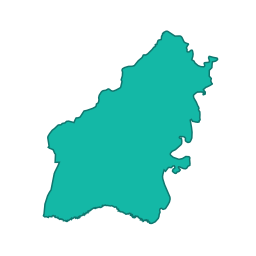 Wang Muang, Saraburi, Thailand, rotated 189°
{"feature_id": "78962969B15444617755923", "entity_name": "Wang Muang", "entity_type": "district", "adm_level": 2, "iso_a3": "THA", "parent_name": "Thailand", "parent_adm1": "Saraburi", "projection": "mercator", "projection_center": [101.139, 14.811], "detail": "fine", "context": "isolated", "style": "filled", "palette": "teal", "viewbox_px": 256, "rotation_deg": 189, "n_neighbors": 0, "source": "geoboundaries", "source_scale": "gbopen_adm2", "svg_char_len": 5663}
<svg xmlns="http://www.w3.org/2000/svg" viewBox="0 0 256 256"><g transform="rotate(189 128 128)"><path d="M68.6,200.6L72.0,202.7L73.3,204.4L75.7,205.4L75.2,208.8L75.3,211.3L76.0,213.4L76.6,214.7L77.1,214.9L77.9,214.7L79.7,212.6L81.3,212.5L81.8,213.0L81.9,214.7L82.7,216.0L82.8,216.7L82.2,218.6L81.4,220.0L81.6,220.5L84.7,221.1L86.1,221.8L88.9,225.9L90.1,226.8L91.1,227.0L96.0,226.1L103.5,229.5L104.4,229.7L105.6,229.5L107.9,227.8L107.6,227.3L108.6,226.6L108.6,225.2L109.2,223.9L109.0,220.6L111.5,219.6L112.0,219.1L112.5,216.6L112.6,215.1L113.6,215.0L114.1,214.5L113.7,213.7L113.9,213.2L113.7,212.8L114.1,212.6L114.4,212.1L115.1,211.8L116.4,209.4L120.2,204.2L121.9,202.9L123.7,202.7L124.3,202.4L125.1,199.8L128.4,196.0L131.5,190.6L133.5,189.6L137.2,188.9L140.9,187.1L142.6,185.7L142.9,185.0L142.9,183.9L142.1,182.4L141.7,178.6L142.3,174.5L141.3,173.2L141.2,172.7L141.6,167.3L142.1,166.4L145.6,163.7L148.2,162.2L149.0,162.0L150.8,162.3L152.3,163.3L153.7,163.5L155.6,161.9L158.3,161.0L159.2,160.4L160.1,159.2L161.5,155.9L161.7,153.3L161.1,151.4L161.1,149.6L161.5,148.0L162.9,146.8L162.9,145.1L163.3,143.9L165.9,141.9L171.3,139.0L174.1,137.9L176.9,131.5L177.5,131.0L179.0,130.2L180.8,129.8L181.4,128.2L182.2,124.9L187.7,125.5L189.8,124.9L191.1,123.1L193.6,122.2L194.8,120.6L196.9,120.2L197.6,119.8L200.5,116.0L202.5,113.9L204.5,110.2L205.7,107.2L205.7,105.8L203.1,97.7L203.8,96.5L202.2,95.7L200.0,95.3L199.2,94.9L198.5,94.9L196.5,91.6L195.5,90.7L194.6,82.7L190.4,83.4L191.1,80.3L193.5,72.6L193.4,72.2L193.7,71.5L194.3,54.9L195.6,52.0L196.8,48.4L198.1,39.9L197.5,30.0L197.8,28.1L196.4,27.2L195.8,27.3L195.1,27.7L192.7,27.2L192.3,28.3L189.3,28.4L189.2,28.6L189.1,29.3L188.3,29.9L186.9,29.2L186.4,29.6L186.1,29.6L186.1,28.5L185.9,28.3L184.6,28.5L183.6,28.3L183.4,28.8L183.2,28.8L182.9,27.8L181.4,27.4L181.1,27.1L180.6,27.3L180.3,27.7L180.0,27.5L179.3,27.7L179.0,27.3L178.3,27.5L177.6,27.1L177.3,26.3L175.7,26.7L174.8,26.3L174.7,26.7L174.0,26.3L173.6,27.0L173.1,26.6L172.8,27.4L172.0,27.4L171.4,28.4L170.7,28.7L170.5,29.0L169.8,28.8L169.9,29.2L169.6,29.2L169.6,29.7L169.3,29.7L169.3,30.1L168.8,29.8L167.5,30.7L167.1,31.5L166.1,31.3L165.8,31.5L165.7,30.8L165.5,30.6L165.2,30.8L165.2,31.5L164.6,31.2L164.3,31.4L163.9,31.0L163.7,31.4L163.4,31.0L162.7,31.5L162.3,31.5L162.2,31.8L162.6,32.1L162.4,32.3L162.5,32.5L161.7,32.4L161.9,33.2L161.5,33.1L161.0,33.8L160.0,34.1L159.3,34.7L158.8,35.6L158.6,35.6L158.6,35.2L157.8,35.0L157.8,35.3L158.2,35.6L157.4,35.7L157.7,36.3L157.2,36.1L157.0,36.5L156.3,36.6L156.1,36.9L156.1,37.9L154.5,38.0L154.7,38.5L154.0,38.8L154.1,39.1L154.5,39.2L154.5,39.5L153.5,39.4L153.4,39.8L153.8,39.9L153.7,40.1L153.3,40.4L152.3,40.5L151.7,41.2L151.7,41.8L150.7,42.3L149.6,43.5L149.1,43.5L148.3,44.0L148.0,43.4L147.7,43.4L147.1,44.4L146.3,44.1L145.8,44.7L144.6,45.0L144.0,45.5L143.4,45.1L142.4,45.3L140.8,46.6L140.8,46.9L141.2,47.2L141.2,47.5L140.8,47.7L139.9,47.5L138.4,48.4L137.6,48.0L136.4,48.3L133.0,48.3L131.8,48.8L128.8,47.7L127.6,48.2L126.8,47.6L126.0,46.2L124.8,46.3L124.6,44.5L123.5,45.0L123.0,44.3L122.7,44.1L119.9,44.2L119.5,43.7L117.8,43.3L116.9,42.6L116.3,42.8L115.6,42.7L114.6,43.5L113.8,43.2L113.3,44.0L112.5,43.7L111.9,44.0L111.3,43.0L111.9,42.5L111.9,42.2L111.1,42.1L110.5,43.0L110.2,43.1L110.2,41.4L109.9,41.3L109.4,41.7L109.2,41.7L109.1,41.2L109.4,40.6L109.1,40.4L108.5,40.4L108.3,41.1L107.7,41.6L107.6,40.5L107.3,40.4L106.9,40.8L106.8,41.2L106.5,41.3L106.3,42.2L105.4,42.1L104.5,42.3L104.1,42.0L103.8,41.2L102.7,40.9L102.1,40.4L101.3,40.5L101.3,39.2L100.4,39.4L100.6,40.4L99.5,40.0L99.3,39.7L100.0,39.7L100.0,39.3L99.6,38.8L99.0,39.2L98.5,38.1L98.3,38.2L98.2,38.9L97.4,39.1L97.1,39.6L96.0,40.0L96.1,39.4L95.7,39.3L95.2,39.8L93.9,40.0L93.7,39.5L94.3,39.2L93.3,38.7L94.1,38.6L93.9,38.3L93.5,38.2L92.4,38.6L92.0,38.4L91.8,37.4L90.4,37.3L89.2,37.7L86.4,39.7L84.0,43.4L83.8,44.3L83.6,45.5L83.7,47.5L83.2,49.9L83.8,51.5L83.8,52.8L83.3,53.5L82.5,53.9L81.9,53.8L81.0,53.2L80.4,53.2L78.4,54.3L76.6,58.3L75.5,61.5L75.3,64.3L75.8,66.3L83.0,77.7L85.7,83.2L86.3,85.4L86.3,87.7L85.8,92.2L84.2,91.1L81.9,95.3L81.0,95.6L80.1,95.5L79.0,95.7L77.8,97.4L76.5,97.9L75.8,97.2L75.5,96.0L75.7,95.4L77.0,94.4L77.3,93.1L77.3,92.3L76.8,91.8L74.8,90.7L73.9,90.6L73.2,91.0L72.8,92.0L70.8,93.1L69.9,94.6L70.1,95.2L71.3,95.9L71.8,96.6L72.1,97.2L72.0,97.6L71.3,97.7L66.8,96.6L64.9,96.7L63.8,97.4L62.7,99.7L61.1,100.8L61.2,102.4L62.3,106.8L62.2,108.1L62.7,108.8L63.4,109.2L66.4,108.9L69.5,106.3L72.8,105.0L78.7,106.1L81.5,107.7L82.1,108.5L82.2,109.4L82.0,110.0L80.8,111.9L77.7,114.1L73.3,119.5L72.6,120.9L72.8,123.4L73.4,125.5L74.0,126.3L74.6,125.9L75.5,126.1L75.9,126.8L75.6,127.6L75.0,127.8L72.3,128.1L71.0,128.0L69.6,126.9L69.5,125.1L69.2,124.3L68.2,123.6L66.7,123.1L65.8,123.3L64.9,123.8L64.4,124.4L63.8,126.3L63.4,128.1L64.1,133.9L65.4,138.6L67.8,145.5L66.8,146.4L65.2,144.7L63.6,144.7L62.4,144.5L60.0,144.6L58.8,145.1L58.7,145.5L58.9,146.1L58.2,147.1L58.1,147.5L58.7,149.3L59.0,152.2L59.5,154.7L59.8,155.5L60.5,156.0L61.2,157.2L61.3,157.7L61.0,158.4L61.5,159.6L62.6,160.9L64.6,164.2L67.7,168.0L68.2,169.2L68.4,170.5L68.1,171.2L66.3,173.3L64.7,174.6L64.0,174.5L61.9,175.0L59.3,175.1L58.5,174.3L58.6,173.8L59.2,173.3L59.0,172.7L58.7,172.6L57.1,173.6L57.3,175.6L58.7,176.7L59.1,177.4L59.6,177.6L59.6,177.9L58.5,179.0L57.5,180.4L56.6,180.8L53.5,183.0L51.7,184.6L51.7,184.9L52.3,185.3L53.6,187.4L53.5,190.0L55.9,191.9L56.7,197.7L54.6,200.7L55.0,205.3L54.9,206.6L52.3,207.6L51.5,208.1L50.3,209.5L50.3,210.1L50.7,210.8L51.4,211.0L54.8,211.1L58.5,211.5L59.0,211.4L59.4,210.5L59.3,209.6L58.2,207.5L57.9,206.2L58.9,205.4L62.2,204.6L62.7,204.3L62.9,203.8L61.9,201.4L62.4,200.5L63.0,200.2L65.8,200.0L68.6,200.6Z" fill="#14b8a6" stroke="#0f766e" stroke-width="1.5"/></g></svg>